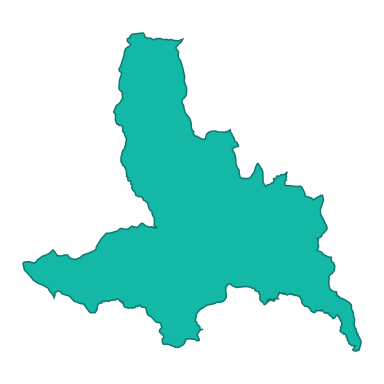 Tana Toraja, Sulawesi Selatan, Indonesia (Albers equal-area conic projection)
{"feature_id": "22746128B55477646801661", "entity_name": "Tana Toraja", "entity_type": "district", "adm_level": 2, "iso_a3": "IDN", "parent_name": "Indonesia", "parent_adm1": "Sulawesi Selatan", "projection": "albers", "projection_center": [119.71, -3.057], "detail": "fine", "context": "isolated", "style": "filled", "palette": "teal", "viewbox_px": 384, "rotation_deg": 0, "n_neighbors": 0, "source": "geoboundaries", "source_scale": "gbopen_adm2", "svg_char_len": 6033}
<svg xmlns="http://www.w3.org/2000/svg" viewBox="0 0 384 384"><path d="M356.0,351.1L359.0,350.2L360.9,343.6L361.0,340.8L358.0,335.0L357.2,334.5L357.1,333.8L357.7,333.9L357.7,333.5L356.8,332.6L356.0,328.9L355.1,328.0L354.1,325.2L354.6,319.1L353.7,317.0L353.1,311.8L351.6,309.5L351.4,304.9L349.8,303.0L345.5,300.1L341.6,298.2L339.6,298.0L339.1,296.6L337.6,296.1L337.3,294.7L336.7,294.6L336.4,291.8L333.9,291.7L330.0,289.2L328.8,284.1L329.1,276.1L330.6,274.3L332.3,273.3L334.4,270.1L334.8,266.1L333.7,263.2L332.0,261.9L331.0,258.5L331.5,257.4L327.9,256.8L323.1,254.2L322.0,252.4L317.0,250.3L318.2,248.3L318.6,245.9L317.7,242.9L318.4,239.4L317.3,238.7L320.9,237.0L321.9,235.6L321.8,234.3L324.7,232.2L324.7,231.4L326.2,230.3L327.2,228.3L326.3,225.4L320.6,214.0L320.3,209.5L323.5,200.2L322.5,195.3L321.0,195.3L312.9,199.9L311.9,198.4L310.4,197.6L305.4,196.3L304.5,192.5L302.1,187.7L300.6,186.2L296.1,186.5L289.6,185.6L285.9,185.8L284.9,184.7L284.6,181.6L286.4,180.0L285.8,178.8L286.5,176.8L286.1,173.7L286.9,173.1L286.8,172.3L283.7,175.0L281.3,174.4L279.8,176.0L276.8,176.1L275.8,178.5L273.6,178.7L274.1,180.8L273.1,182.7L271.4,183.1L270.0,184.4L267.3,184.9L265.5,186.4L263.1,182.4L262.8,172.0L262.1,169.9L258.0,163.5L257.3,163.7L255.8,166.7L254.3,171.9L249.9,178.1L246.3,178.6L240.4,177.9L239.0,172.6L239.2,170.4L237.0,166.9L235.8,163.0L235.7,158.2L234.9,154.8L234.2,152.7L232.3,149.7L232.5,148.7L233.6,147.9L235.4,146.9L238.5,146.4L238.5,145.7L237.1,142.7L234.8,141.1L233.7,137.2L232.8,136.7L231.8,133.7L230.6,132.6L230.3,129.8L227.4,131.5L224.6,132.2L218.4,132.0L215.7,131.1L211.6,131.2L209.0,132.2L206.7,133.9L205.1,139.5L201.4,138.9L197.2,136.4L194.6,135.8L193.7,134.4L193.3,132.3L193.8,131.7L192.4,130.6L191.4,127.7L191.0,122.3L189.5,118.1L185.4,113.1L183.8,107.8L183.7,105.4L182.3,103.5L181.9,101.6L182.1,99.8L185.1,97.0L186.1,95.3L186.7,90.9L186.5,87.6L184.2,81.6L184.6,76.4L182.9,68.6L180.5,60.4L179.1,59.2L178.1,55.2L178.6,51.6L176.9,49.9L175.8,47.5L179.1,43.6L181.0,42.4L182.7,39.2L178.4,40.9L172.7,40.2L171.0,39.4L168.4,40.1L166.8,39.3L163.2,39.7L160.5,38.5L156.1,38.6L153.4,40.0L150.8,38.2L147.1,38.0L145.2,37.2L144.0,33.9L142.9,32.9L131.8,34.3L129.9,36.6L130.0,37.7L127.4,38.7L127.4,41.5L130.3,43.8L130.6,44.8L129.8,45.9L126.1,48.2L124.8,50.3L123.8,56.1L120.7,66.0L119.0,68.9L119.6,71.4L121.3,72.6L121.6,73.7L119.5,80.0L118.9,88.3L119.8,90.2L122.1,91.9L122.6,98.2L119.7,103.1L116.2,105.7L113.6,112.0L115.6,114.8L115.3,119.8L116.5,123.5L119.3,125.4L120.6,125.3L122.6,126.4L122.7,131.2L124.8,134.1L125.0,136.0L126.6,138.7L125.6,143.5L125.8,145.4L124.7,146.6L124.3,149.3L122.8,150.3L121.0,157.6L121.0,161.9L122.3,163.4L122.5,165.2L124.1,165.9L125.8,169.5L126.7,172.5L126.3,174.1L127.0,175.0L126.5,176.5L128.1,177.4L127.6,178.9L128.4,180.9L130.9,181.2L130.9,184.1L132.3,185.8L131.6,187.6L132.7,189.9L135.2,192.5L135.7,195.1L138.3,196.5L141.8,196.8L143.7,200.4L144.9,200.7L147.8,203.1L148.8,207.6L149.9,209.8L152.0,211.9L152.3,214.7L154.4,218.4L154.2,225.9L156.3,226.9L156.6,227.6L155.9,228.1L154.7,227.2L153.7,227.8L151.7,226.6L149.4,227.1L145.5,225.9L143.3,223.7L141.6,223.2L137.2,227.6L131.6,226.2L128.1,229.1L124.2,229.3L121.7,228.4L119.7,228.9L117.5,230.9L110.8,233.0L106.3,233.3L100.9,239.3L96.3,246.9L96.0,249.6L89.9,252.7L82.9,255.1L80.0,257.7L75.9,259.3L73.7,259.3L70.0,258.1L67.3,254.9L64.1,255.1L61.6,256.0L57.3,255.6L54.0,250.8L52.9,250.0L49.8,253.0L46.1,255.0L42.6,256.2L37.6,259.8L35.2,262.8L32.4,262.7L29.4,261.7L24.0,262.1L23.0,263.8L24.5,270.1L28.9,274.5L33.3,280.1L38.2,283.3L43.6,285.5L48.6,288.5L49.1,290.3L53.3,295.6L54.1,297.8L55.0,294.9L54.8,292.9L58.3,290.9L59.8,291.3L62.0,293.8L69.4,296.1L74.1,301.2L80.5,303.6L83.1,303.9L84.4,304.9L88.9,311.4L90.7,312.8L95.2,312.6L96.8,310.2L97.8,304.6L100.6,302.7L101.7,303.1L102.6,301.3L104.6,301.6L105.6,300.8L108.8,301.4L110.3,300.5L112.3,300.4L113.4,299.5L115.0,300.3L116.0,299.0L116.7,299.4L117.4,298.8L118.7,299.4L119.7,300.9L120.6,300.7L120.7,301.5L122.1,302.6L122.8,302.2L122.6,303.1L123.5,303.2L123.3,304.5L124.5,306.9L128.5,308.3L131.1,307.6L132.0,308.3L133.7,307.8L135.1,307.4L136.0,306.3L137.4,306.7L140.0,305.2L140.8,305.6L141.0,306.7L145.8,307.7L147.0,313.2L148.3,315.2L151.9,317.4L156.0,322.0L160.0,322.9L160.9,324.1L161.7,327.9L159.7,329.8L159.5,331.9L163.7,336.0L163.8,337.2L162.3,338.9L162.3,339.7L162.5,342.7L163.4,344.2L168.1,344.2L175.7,347.3L178.3,347.4L182.2,345.4L184.3,343.6L186.0,339.4L186.9,339.1L190.3,338.8L194.8,339.4L197.0,340.8L199.1,340.4L199.2,339.3L197.1,334.4L200.2,330.1L203.2,329.1L200.3,330.0L199.7,326.5L197.3,324.3L196.2,321.6L195.2,320.8L196.8,313.3L199.9,309.7L207.1,305.2L214.9,303.5L216.9,302.2L220.0,302.3L223.6,301.2L226.2,297.6L226.3,294.2L225.6,291.5L226.0,287.3L227.0,285.5L228.6,284.1L230.5,284.0L232.3,285.8L236.6,287.5L245.6,286.5L250.9,287.2L252.2,288.3L254.2,288.3L255.2,290.7L258.9,291.9L259.0,293.7L260.0,294.7L259.9,299.4L260.9,301.0L264.0,303.5L264.0,304.4L265.4,304.5L266.1,302.9L267.2,302.6L267.1,301.0L267.7,300.3L268.3,301.3L269.0,300.0L269.5,300.7L270.2,300.3L270.4,299.8L269.9,300.1L269.4,299.6L269.4,298.8L270.9,299.2L272.0,300.5L272.9,299.6L273.2,300.8L274.0,301.2L274.9,300.0L274.2,298.7L278.2,298.8L277.0,297.4L278.8,294.5L278.4,293.8L279.7,292.4L280.1,293.2L281.7,292.9L282.0,293.7L283.9,294.1L284.4,293.2L284.8,294.1L286.1,293.9L286.7,295.0L290.4,293.9L291.1,294.6L292.1,293.8L293.4,295.0L294.3,294.8L294.4,295.5L295.8,295.1L298.8,296.4L299.8,296.2L300.3,298.2L301.6,299.9L301.9,302.8L303.1,304.5L304.9,306.2L307.3,306.4L310.2,309.1L311.3,311.2L313.0,312.2L314.1,312.6L315.3,312.3L316.5,310.2L318.0,310.9L319.7,310.5L321.0,311.0L322.0,309.9L324.6,313.1L326.8,312.9L327.3,313.4L327.8,312.8L328.8,313.3L329.4,315.3L331.4,316.3L332.9,318.5L333.5,318.7L335.1,317.4L336.2,315.3L336.9,315.2L338.5,316.5L341.9,323.2L341.4,326.0L340.5,326.9L340.8,328.0L340.0,331.1L342.0,332.8L343.0,332.9L343.3,333.8L343.6,333.4L345.7,334.7L346.3,336.9L347.3,338.0L347.2,340.0L348.6,341.3L348.9,343.5L351.6,345.5L355.3,346.0L352.8,349.8L353.6,350.6L356.0,351.1Z" fill="#14b8a6" stroke="#0f766e" stroke-width="1.5"/></svg>